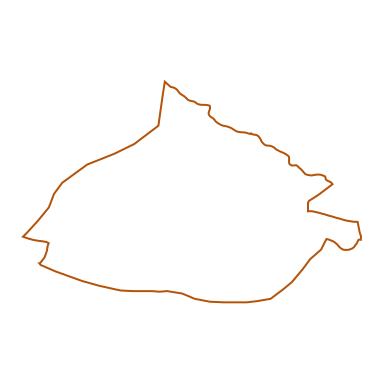 the district of Talvern/Babonneau, Castries, Saint Lucia
{"feature_id": "8701671B96630840865992", "entity_name": "Talvern/Babonneau", "entity_type": "district", "adm_level": 2, "iso_a3": "LCA", "parent_name": "Saint Lucia", "parent_adm1": "Castries", "projection": "albers", "projection_center": [-60.941, 13.997], "detail": "fine", "context": "isolated", "style": "outline", "palette": "amber", "viewbox_px": 384, "rotation_deg": 0, "n_neighbors": 0, "source": "geoboundaries", "source_scale": "gbopen_adm2", "svg_char_len": 6069}
<svg xmlns="http://www.w3.org/2000/svg" viewBox="0 0 384 384"><path d="M39.4,263.4L40.7,265.0L55.7,271.5L82.1,281.0L99.3,285.8L109.7,288.1L120.6,290.5L132.7,291.1L151.6,291.1L159.7,291.7L167.1,291.1L182.1,293.5L194.7,298.8L209.7,301.7L222.9,302.3L247.0,302.3L257.3,301.1L270.6,298.8L283.2,289.3L291.8,282.2L302.7,269.2L310.2,259.1L321.1,249.6L324.6,242.5L326.5,239.0L328.0,239.4L328.9,239.6L329.2,239.7L329.8,240.0L330.1,240.1L330.4,240.2L332.3,241.0L332.6,241.1L332.8,241.2L333.4,241.4L333.7,241.6L334.0,241.8L335.1,242.6L335.7,243.1L336.2,243.6L336.5,243.8L336.8,244.1L337.1,244.4L337.6,244.9L338.2,245.6L338.4,245.8L338.9,246.4L339.7,247.3L340.0,247.5L340.4,247.9L341.0,248.4L341.2,248.5L341.5,248.7L342.1,249.0L342.4,249.2L342.7,249.4L343.3,249.6L343.6,249.7L343.9,249.8L344.5,249.9L345.1,249.9L345.4,249.9L346.5,249.9L346.8,249.9L347.1,249.9L347.8,249.9L348.2,249.8L348.9,249.7L349.3,249.6L350.4,249.2L351.6,248.7L351.9,248.6L352.7,248.1L353.3,247.7L354.0,247.1L354.6,246.3L354.9,245.9L355.1,245.6L356.4,243.9L356.9,243.1L357.4,242.2L357.7,241.3L357.9,241.0L358.2,240.4L358.4,240.0L358.9,239.7L359.2,239.7L359.6,239.7L360.2,239.7L360.8,239.8L361.0,236.4L359.7,232.5L357.6,221.8L356.9,221.8L356.6,221.8L354.7,221.8L354.1,221.8L353.8,221.7L352.8,221.6L352.4,221.6L351.5,221.4L350.0,221.2L349.7,221.2L349.1,221.0L348.3,220.9L347.7,220.8L347.0,220.7L346.7,220.6L346.4,220.5L346.1,220.5L345.8,220.4L345.4,220.3L345.0,220.2L344.1,220.0L343.1,219.7L342.4,219.5L341.5,219.2L341.2,219.1L340.6,218.9L340.1,218.7L339.4,218.6L338.8,218.4L338.5,218.4L336.9,217.9L336.5,217.9L335.9,217.7L335.2,217.5L334.0,217.1L333.4,216.9L333.1,216.8L332.9,216.7L331.6,216.4L330.8,216.2L330.6,216.1L329.1,215.8L328.8,215.6L328.2,215.5L327.6,215.3L326.3,214.9L326.0,214.8L325.4,214.6L324.3,214.2L323.3,214.0L321.3,213.5L320.4,213.2L319.0,212.8L318.6,212.7L318.3,212.6L317.9,212.5L316.8,212.3L316.4,212.2L316.0,212.1L315.6,212.1L315.3,212.0L315.0,211.9L314.7,211.8L313.9,211.6L313.5,211.5L312.6,211.3L312.2,211.3L311.6,211.3L311.1,211.2L309.8,211.2L308.7,211.2L308.4,211.3L308.0,211.3L308.0,203.0L308.9,200.9L318.5,194.8L332.5,184.2L332.2,183.8L331.6,183.0L331.2,182.6L330.9,182.4L330.7,182.2L330.4,182.0L329.1,181.4L328.4,181.1L327.7,180.8L327.4,180.7L326.8,180.2L326.4,180.0L326.2,179.8L325.9,179.5L325.7,179.0L325.4,177.2L325.3,176.9L325.0,176.4L324.5,176.2L324.0,175.9L323.7,175.8L323.2,175.6L322.8,175.4L322.5,175.4L321.4,175.0L320.5,174.7L319.5,174.6L317.8,174.6L317.5,174.6L317.1,174.6L316.1,174.7L315.5,174.8L315.2,174.8L313.5,175.1L313.2,175.2L312.3,175.3L312.0,175.4L311.7,175.4L311.0,175.4L310.4,175.3L310.1,175.3L309.2,175.2L308.3,175.0L306.9,174.7L306.3,174.5L306.0,174.4L305.4,174.1L304.6,173.3L303.7,172.3L303.4,172.0L302.7,171.1L302.4,170.8L302.0,170.4L301.6,169.8L301.3,169.6L300.4,168.7L299.5,168.0L299.1,167.7L298.8,167.4L298.6,167.2L297.6,166.2L297.3,165.9L297.0,165.7L296.8,165.5L296.4,165.3L295.3,165.3L294.6,165.4L294.3,165.4L293.2,165.4L292.8,165.5L292.4,165.5L291.8,165.4L291.5,165.4L291.2,165.2L290.4,164.8L290.0,164.4L289.5,164.0L289.3,163.5L289.2,163.1L289.1,162.3L289.0,161.9L289.0,161.6L289.0,161.0L289.1,160.6L289.1,159.9L289.1,159.5L289.1,158.5L289.0,157.5L289.0,157.1L288.4,156.1L288.1,155.8L287.9,155.6L287.4,155.2L286.6,154.7L285.0,153.7L283.4,152.9L282.6,152.5L282.3,152.4L281.3,152.0L279.7,151.3L279.1,151.0L278.5,150.6L277.2,150.0L277.0,149.9L276.3,149.5L275.0,148.3L274.7,148.1L274.4,147.8L274.2,147.6L272.8,146.8L272.2,146.5L271.9,146.4L269.5,145.7L269.2,145.7L268.9,145.7L268.6,145.7L268.2,145.6L267.5,145.6L266.8,145.5L266.5,145.5L265.9,145.3L265.6,145.2L265.3,145.1L265.0,144.9L264.4,144.5L264.0,144.2L263.7,143.9L262.6,142.8L262.2,142.3L261.8,141.8L261.4,141.0L261.2,140.5L260.8,139.8L260.5,139.2L260.2,138.6L259.9,138.1L259.7,137.9L259.3,137.4L259.1,137.1L258.7,136.6L258.4,136.3L258.1,136.1L257.9,135.9L257.6,135.6L257.3,135.4L256.7,135.2L255.6,134.9L254.2,134.6L253.0,134.4L252.5,134.4L251.1,133.4L250.6,134.0L250.1,133.9L249.2,133.6L248.7,133.5L248.0,133.3L247.6,133.2L246.9,133.0L246.3,132.8L246.0,132.7L245.6,132.6L245.0,132.5L243.8,132.4L242.9,132.4L242.3,132.3L242.0,132.3L241.6,132.3L241.2,132.2L240.8,132.2L239.8,132.1L239.1,132.0L238.8,131.9L238.4,131.9L238.2,131.8L237.0,131.5L236.4,131.2L235.9,131.0L235.1,130.5L234.1,129.9L232.9,129.1L232.6,128.9L231.8,128.4L231.4,128.2L230.9,127.9L229.5,127.3L228.8,127.1L228.4,126.9L227.6,126.7L226.8,126.4L226.4,126.3L225.7,126.2L224.8,126.0L224.5,125.9L223.7,125.8L223.2,125.7L222.8,125.6L222.0,125.3L221.7,125.2L220.9,124.9L220.4,124.6L219.9,124.3L218.9,123.8L218.4,123.4L218.0,123.2L217.7,123.0L217.0,122.5L216.6,122.2L216.1,121.7L215.7,121.4L215.5,121.2L214.8,120.4L214.7,120.0L214.4,119.6L214.1,119.3L213.8,119.0L213.1,118.3L212.7,118.0L212.1,117.7L211.8,117.5L211.2,117.2L210.9,117.0L210.2,116.4L210.0,116.2L209.6,115.8L209.3,115.4L209.2,115.1L208.9,114.6L208.8,114.2L208.6,113.6L208.6,113.3L208.7,112.9L208.8,112.4L208.8,112.1L209.3,110.7L209.4,110.4L209.6,109.8L209.8,109.2L210.0,108.6L210.0,108.0L210.0,107.7L210.0,107.2L209.9,106.9L209.9,106.3L209.7,105.7L209.4,105.6L208.6,105.4L207.3,105.1L206.1,104.9L205.1,104.9L201.6,104.8L200.4,104.7L200.1,104.7L199.1,104.4L198.3,104.2L197.9,104.0L197.5,103.9L197.1,103.7L196.9,103.5L196.6,103.3L196.0,102.9L195.5,102.4L195.2,102.2L194.7,101.9L194.3,101.7L194.0,101.6L193.3,101.4L192.5,101.2L191.2,100.9L190.5,100.8L190.2,100.8L189.9,100.7L189.2,100.4L188.9,100.3L188.5,100.1L188.2,99.9L187.8,99.6L187.5,99.4L187.3,99.2L187.1,98.9L186.6,98.5L186.4,98.3L185.5,97.4L185.2,97.1L184.6,96.6L183.9,96.1L183.3,95.7L182.7,95.3L181.9,94.8L181.2,94.4L180.8,94.2L180.0,93.5L179.8,93.3L179.5,93.0L178.6,91.8L177.7,90.6L176.8,89.6L176.3,89.1L176.0,88.9L175.5,88.5L174.9,88.2L174.3,87.9L174.0,87.8L173.2,87.5L172.9,87.3L172.5,87.2L170.7,87.0L164.8,81.7L162.5,96.6L158.4,125.7L134.3,144.0L114.5,153.7L87.3,164.5L62.2,182.8L54.0,193.9L48.9,207.4L37.9,220.8L27.3,232.4L23.0,236.7L24.6,237.3L29.2,238.8L33.6,240.0L38.3,240.8L43.1,241.4L46.5,242.0L48.7,243.2L47.6,246.1L46.9,250.9L44.6,257.4L39.9,263.4L39.4,263.4Z" fill="none" stroke="#b45309" stroke-width="2"/></svg>